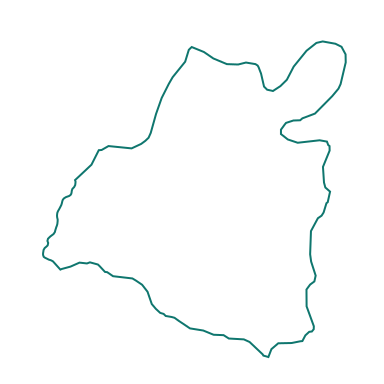 Villa Nueva, Guatemala (Mercator projection), rotated 94°
{"feature_id": "79465075B28171431447945", "entity_name": "Villa Nueva", "entity_type": "district", "adm_level": 2, "iso_a3": "GTM", "parent_name": "Guatemala", "parent_adm1": "", "projection": "mercator", "projection_center": [-90.605, 14.533], "detail": "fine", "context": "isolated", "style": "outline", "palette": "teal", "viewbox_px": 384, "rotation_deg": 94, "n_neighbors": 0, "source": "geoboundaries", "source_scale": "gbopen_adm2", "svg_char_len": 2114}
<svg xmlns="http://www.w3.org/2000/svg" viewBox="0 0 384 384"><g transform="rotate(94 192 192)"><path d="M188.3,309.5L189.8,308.9L191.3,308.9L193.2,309.0L195.3,309.9L197.2,311.5L199.0,312.0L200.8,312.1L202.2,312.3L203.5,313.0L204.6,314.4L205.2,315.8L205.9,317.4L207.3,319.3L208.7,320.3L210.1,320.7L212.6,321.1L214.2,321.5L217.9,323.1L220.6,324.4L222.2,324.9L223.9,325.0L225.2,325.0L226.9,324.7L228.8,324.1L230.4,324.0L233.3,324.1L235.2,324.5L236.4,324.9L239.8,325.7L241.5,326.0L243.6,327.2L246.2,330.2L247.4,331.3L248.7,332.4L250.9,332.8L252.9,331.9L255.4,332.3L256.8,333.6L258.1,335.0L260.1,336.0L263.6,336.3L265.1,336.2L267.0,335.4L267.8,334.1L268.5,332.4L269.5,330.0L269.9,328.1L270.8,326.0L271.8,324.9L278.6,317.9L277.9,316.6L274.9,308.0L270.3,299.3L270.6,291.8L269.3,288.9L270.9,280.8L272.3,279.1L277.8,273.2L277.9,271.0L281.5,264.9L282.4,245.4L284.3,241.7L288.0,235.3L294.6,229.4L306.6,224.3L311.1,219.9L314.8,215.3L315.6,211.8L317.5,209.6L318.1,203.6L318.7,200.7L321.6,196.0L328.2,184.5L329.4,171.1L332.9,160.5L332.6,150.5L335.6,145.0L335.4,130.0L337.6,124.1L349.1,110.1L350.2,109.4L351.3,104.3L343.2,101.8L336.9,95.4L335.7,82.1L333.4,73.7L333.0,71.5L327.1,68.9L323.3,65.3L322.8,62.7L320.4,61.0L317.4,61.1L298.1,69.7L281.3,71.0L276.1,67.7L272.7,63.7L266.8,62.8L253.1,68.3L245.9,69.8L222.7,70.6L209.4,64.6L206.6,61.1L203.3,59.3L193.8,57.1L192.7,55.9L182.0,54.3L178.2,59.3L173.3,61.0L157.8,63.1L141.1,57.6L136.6,58.0L135.6,59.4L132.3,60.9L131.5,68.3L135.5,90.0L132.9,100.1L128.0,107.3L123.6,107.6L118.2,104.2L116.5,103.0L113.6,95.8L112.9,89.1L110.8,87.0L105.2,74.8L86.6,58.8L78.7,53.1L74.0,51.3L52.0,47.7L44.0,48.4L36.7,53.0L34.1,59.3L32.7,72.1L34.6,78.3L43.1,87.6L59.8,99.3L73.4,105.2L80.2,111.2L85.6,118.3L84.7,124.2L81.8,127.5L69.0,131.4L66.7,132.5L63.0,134.2L61.3,135.3L60.0,137.6L59.1,147.2L61.6,154.9L62.0,166.1L57.3,180.0L51.5,189.9L47.4,202.4L48.8,203.7L50.4,205.1L62.5,207.9L78.8,219.3L85.8,222.7L100.3,228.8L116.6,233.3L136.0,237.3L140.9,239.1L144.2,242.1L147.6,246.1L152.7,255.3L152.0,278.5L156.4,285.1L156.8,287.9L171.8,294.2L188.3,309.5Z" fill="none" stroke="#0f766e" stroke-width="2"/></g></svg>